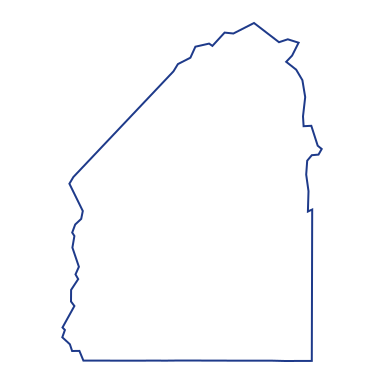 Costilla, Colorado, United States of America (Mercator projection)
{"feature_id": "52423323B77576079011979", "entity_name": "Costilla", "entity_type": "district", "adm_level": 2, "iso_a3": "USA", "parent_name": "United States of America", "parent_adm1": "Colorado", "projection": "mercator", "projection_center": [-105.457, 37.327], "detail": "fine", "context": "isolated", "style": "outline", "palette": "blue", "viewbox_px": 384, "rotation_deg": 0, "n_neighbors": 0, "source": "geoboundaries", "source_scale": "gbopen_adm2", "svg_char_len": 867}
<svg xmlns="http://www.w3.org/2000/svg" viewBox="0 0 384 384"><path d="M73.4,177.0L69.4,183.7L82.8,211.0L81.2,218.9L75.2,224.5L72.2,232.6L74.4,236.0L72.4,247.6L78.9,266.8L75.5,274.4L78.2,279.1L71.1,289.9L71.0,301.5L74.4,306.0L62.5,327.5L64.9,330.0L62.3,337.3L69.9,344.3L72.1,351.0L79.4,350.9L83.4,360.6L84.3,360.6L105.2,360.6L120.3,360.7L158.2,360.6L166.9,360.7L168.4,360.6L186.1,360.5L193.4,360.5L195.3,360.5L204.5,360.6L272.8,360.7L285.2,361.0L285.3,361.0L311.8,360.9L312.2,209.5L307.9,211.5L308.5,191.2L306.2,174.6L307.2,160.7L311.8,155.2L318.5,154.6L321.7,149.0L317.7,145.7L311.3,125.8L303.6,126.2L303.0,116.4L305.2,97.1L302.4,80.2L296.2,69.7L286.2,61.8L292.1,55.6L298.6,42.7L287.8,39.3L279.0,42.2L254.0,23.0L233.4,33.5L224.6,32.6L212.4,45.9L209.1,43.6L195.4,46.7L190.4,57.7L177.9,64.1L173.5,71.3L73.4,177.0Z" fill="none" stroke="#1e3a8a" stroke-width="2"/></svg>